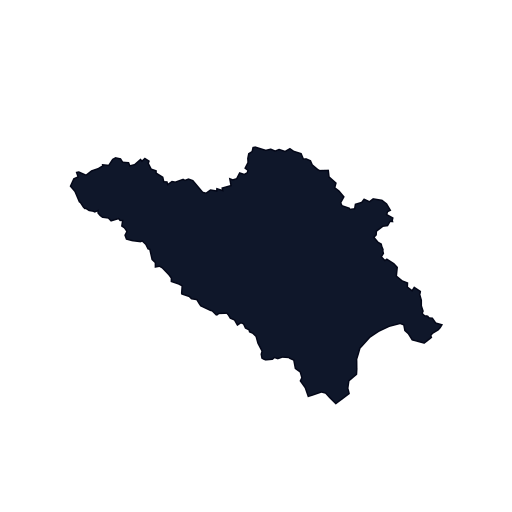 the district of Yabucoa, Puerto Rico, rotated 21°
{"feature_id": "32010507B64369847691903", "entity_name": "Yabucoa", "entity_type": "district", "adm_level": 2, "iso_a3": "PRI", "parent_name": "Puerto Rico", "parent_adm1": "", "projection": "orthographic", "projection_center": [-65.894, 18.069], "detail": "fine", "context": "isolated", "style": "filled", "palette": "ink", "viewbox_px": 512, "rotation_deg": 21, "n_neighbors": 0, "source": "geoboundaries", "source_scale": "gbopen_adm2", "svg_char_len": 3382}
<svg xmlns="http://www.w3.org/2000/svg" viewBox="0 0 512 512"><g transform="rotate(21 256 256)"><path d="M214.4,155.8L215.0,159.9L212.6,163.1L213.4,167.8L215.1,171.6L214.4,177.9L217.9,178.9L218.0,181.5L215.8,184.1L211.0,184.3L210.3,190.8L207.0,193.3L203.9,193.3L207.5,199.2L200.1,204.7L201.5,206.9L195.4,207.2L196.1,209.4L189.9,210.7L186.9,215.3L183.4,215.7L170.0,208.3L165.4,208.4L162.6,210.9L160.5,210.6L154.2,216.0L150.9,216.6L148.0,221.0L146.3,218.8L143.3,219.8L140.7,215.9L133.0,214.4L132.2,212.3L127.0,212.5L122.2,208.2L122.1,205.8L117.3,204.8L115.6,208.4L113.6,207.3L110.0,214.2L105.9,217.1L103.6,214.6L97.9,216.3L94.7,213.9L89.7,214.7L87.6,217.2L86.1,224.2L80.2,225.8L80.8,226.6L77.5,230.9L72.0,235.5L68.4,241.5L60.4,241.1L58.6,242.3L61.6,245.9L58.3,249.2L57.8,257.3L63.9,260.6L71.7,268.7L73.0,269.0L77.4,272.2L79.2,273.0L80.2,272.5L83.9,273.3L87.9,272.5L89.7,272.6L92.2,270.2L93.2,272.5L96.0,274.0L98.8,274.8L104.6,273.4L108.1,275.1L114.3,270.3L116.4,271.5L118.8,270.6L120.0,276.1L123.1,276.8L126.8,279.3L126.3,283.5L129.0,286.6L134.9,286.0L143.0,284.0L144.4,282.7L149.0,284.6L152.7,288.0L154.5,287.8L160.3,296.5L164.4,298.2L166.0,302.3L169.6,300.1L172.8,300.6L181.3,304.6L184.9,306.9L186.1,310.1L193.9,309.8L197.8,310.3L199.9,317.3L200.4,318.0L208.3,317.7L211.1,319.0L216.4,317.9L220.0,320.7L222.3,322.3L230.6,322.9L232.8,323.1L234.9,322.9L240.0,325.2L240.8,324.8L241.8,323.0L249.3,319.8L251.5,321.0L254.3,323.2L258.9,323.4L263.4,327.1L265.8,323.7L268.7,323.8L272.0,327.0L276.0,327.4L277.2,329.1L280.6,329.2L284.9,331.0L289.1,336.7L295.8,342.6L296.1,345.8L298.2,349.2L300.1,349.5L302.2,349.5L308.3,346.5L309.6,344.1L313.1,344.0L316.8,340.9L323.0,339.0L324.3,339.4L328.6,339.6L333.1,346.9L338.9,348.4L342.5,353.2L342.2,356.7L349.2,361.3L355.1,368.3L355.2,368.2L357.9,366.1L358.4,365.7L365.8,359.5L370.2,359.0L375.5,361.7L382.1,364.6L383.4,365.2L384.3,363.7L386.9,359.6L387.6,358.6L387.8,358.2L392.2,351.1L391.7,350.3L390.6,348.7L389.1,346.7L387.7,340.6L387.4,339.2L392.2,330.4L390.5,325.1L390.4,325.0L387.8,318.4L386.9,316.3L386.9,316.1L386.6,311.5L386.0,304.8L387.5,301.0L391.2,291.4L391.3,291.1L394.3,286.8L397.5,282.3L399.0,280.7L405.4,274.0L405.9,273.6L414.7,267.3L418.1,267.3L418.7,267.3L421.7,272.2L426.1,273.9L431.9,278.3L444.2,277.0L448.2,270.4L448.9,269.1L447.9,268.1L447.7,266.9L448.6,264.7L452.5,259.7L453.6,256.9L454.2,253.6L447.8,254.2L442.9,250.9L440.0,251.8L438.7,251.3L438.1,250.8L436.8,250.8L436.3,251.2L435.1,251.4L433.6,251.0L432.4,250.5L432.0,250.1L431.6,249.2L431.7,247.6L428.2,243.3L426.2,238.1L422.4,233.0L422.5,232.0L422.1,230.2L415.0,228.6L414.2,232.5L408.4,230.8L407.1,226.9L401.4,226.9L394.2,224.5L391.9,216.0L387.4,213.8L379.3,212.1L378.0,214.1L373.2,211.8L374.0,208.0L372.6,205.9L372.2,204.4L370.0,202.1L368.6,200.0L365.0,199.5L359.3,196.3L360.6,193.3L359.5,189.7L363.8,182.7L367.9,180.5L368.7,175.6L371.1,174.9L370.4,173.9L370.1,171.5L363.1,170.5L362.9,167.4L365.0,165.2L359.2,160.6L353.6,158.9L344.9,160.7L342.5,164.7L336.6,164.3L335.5,168.1L330.3,172.1L331.2,176.6L326.9,178.9L325.9,178.0L318.2,178.3L315.9,175.9L316.8,169.3L310.1,165.6L305.0,164.1L304.5,159.3L295.8,156.0L292.8,150.2L284.8,153.5L282.7,153.2L275.8,150.8L272.7,147.6L268.0,147.4L265.5,148.6L261.4,144.3L253.6,144.8L249.2,143.7L245.7,148.0L239.4,148.3L236.3,151.2L231.5,151.0L227.3,153.9L216.3,154.6L214.4,155.8Z" fill="#0f172a" stroke="#020617" stroke-width="1.5"/></g></svg>